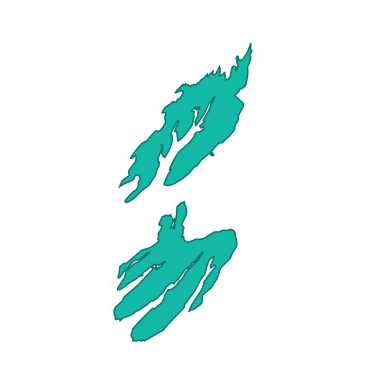 Ísafjarðarbær, Vestfirðir, Iceland, rotated 304°
{"feature_id": "244011B55108803715122", "entity_name": "Ísafjarðarbær", "entity_type": "district", "adm_level": 2, "iso_a3": "ISL", "parent_name": "Iceland", "parent_adm1": "Vestfirðir", "projection": "equal_earth", "projection_center": [-22.968, 66.078], "detail": "fine", "context": "isolated", "style": "filled", "palette": "teal", "viewbox_px": 384, "rotation_deg": 304, "n_neighbors": 0, "source": "geoboundaries", "source_scale": "gbopen_adm2", "svg_char_len": 6090}
<svg xmlns="http://www.w3.org/2000/svg" viewBox="0 0 384 384"><g transform="rotate(304 192 192)"><path d="M89.7,173.9L84.0,177.0L79.7,178.4L79.4,179.0L80.7,180.0L89.2,180.1L92.5,180.5L92.7,181.2L100.5,181.9L103.7,183.3L106.6,186.0L115.1,188.7L119.1,190.9L106.8,187.8L99.5,184.1L89.0,181.7L83.9,183.9L73.2,184.0L70.2,184.4L69.3,185.3L72.2,187.7L81.8,190.9L88.2,194.1L93.3,195.8L94.5,197.5L95.1,197.5L94.5,197.0L95.0,197.1L95.1,196.5L97.6,196.5L108.7,200.3L111.3,201.6L110.9,202.1L111.5,202.9L111.1,203.1L112.5,204.1L112.2,205.7L113.6,205.6L114.7,206.4L114.3,207.0L115.4,206.8L119.6,208.0L118.1,207.8L119.3,208.3L118.5,208.2L119.0,208.8L114.6,207.9L113.8,208.4L112.8,208.1L110.1,206.8L110.0,206.3L108.5,206.8L107.7,205.9L108.6,205.6L110.0,206.2L109.3,204.1L111.0,203.2L109.0,204.1L107.2,202.2L107.3,201.3L108.1,201.1L107.8,200.9L106.8,201.2L107.1,201.8L106.7,202.2L105.1,202.7L84.5,199.2L67.6,194.6L62.4,195.1L53.5,193.0L49.7,193.9L46.6,196.4L46.3,198.0L43.7,199.2L43.7,200.3L46.5,202.8L45.0,204.3L48.9,205.2L53.8,209.0L58.6,211.5L61.0,211.9L64.0,213.9L72.8,217.5L78.9,219.0L80.1,220.7L84.9,222.7L88.8,223.2L92.4,224.3L99.2,223.9L97.9,223.7L98.5,223.6L105.1,225.8L105.9,227.7L105.7,228.7L107.7,228.3L112.8,229.4L123.6,229.6L126.5,230.5L126.7,231.4L127.1,230.9L130.8,231.9L133.1,231.8L136.4,233.3L144.5,233.8L148.8,235.0L139.2,235.0L124.8,232.3L125.6,232.1L126.7,231.7L126.4,231.6L124.8,232.2L121.6,231.6L118.0,232.3L113.6,232.2L109.8,231.1L108.9,231.5L105.2,231.3L100.3,229.6L98.0,227.8L97.8,227.0L93.1,227.0L86.1,228.6L81.7,228.6L78.3,227.2L74.9,226.8L73.3,224.3L56.3,220.9L45.5,219.4L41.2,221.0L40.3,220.9L37.6,223.4L38.1,223.8L37.0,225.3L35.5,225.9L37.4,229.2L39.8,231.2L39.9,232.7L41.0,232.7L40.6,233.5L41.9,234.5L42.3,235.9L61.6,245.5L67.1,245.8L90.7,249.9L92.3,249.9L94.5,248.9L111.0,249.6L124.7,248.1L131.5,248.5L140.7,245.2L145.3,244.4L148.1,245.0L150.4,246.3L146.8,247.7L142.0,248.5L139.3,249.8L141.3,250.8L143.7,251.1L143.9,252.5L143.2,253.5L135.0,252.5L123.3,252.3L123.0,253.0L117.3,254.6L98.3,254.9L90.8,256.2L93.1,256.8L95.7,259.1L103.3,262.0L106.0,262.1L112.3,258.3L123.4,261.5L135.1,261.1L144.7,258.2L158.4,260.7L165.0,259.5L171.6,259.4L174.1,258.4L178.4,254.3L178.5,253.5L182.3,250.4L183.3,247.8L182.8,245.1L179.4,242.2L177.6,239.0L173.8,236.4L171.2,232.7L160.2,227.9L156.6,224.4L155.6,222.2L148.0,216.8L147.7,215.0L147.7,212.4L150.4,209.9L148.9,208.8L153.7,207.2L154.5,206.2L157.8,205.4L159.0,201.6L169.4,200.0L172.3,198.9L176.8,194.8L177.1,193.0L179.7,191.1L176.4,189.0L171.6,187.8L161.1,193.8L153.8,195.8L154.5,196.2L153.1,196.2L154.5,196.3L152.2,197.7L151.4,197.4L151.7,196.1L153.0,196.1L150.0,194.4L158.0,192.3L158.5,192.9L157.4,193.4L157.6,194.4L159.4,193.0L159.9,193.4L159.6,193.0L160.2,192.5L158.0,191.6L161.3,187.0L158.8,185.7L158.6,183.8L154.8,181.2L146.7,182.6L146.1,183.6L147.1,185.4L146.6,186.2L143.8,187.1L138.5,187.2L137.1,188.8L133.5,190.2L133.5,191.4L131.6,192.0L122.9,188.8L115.3,182.8L95.9,177.4L94.6,175.5L89.7,173.9ZM348.5,157.4L339.9,159.7L330.7,160.1L328.0,158.4L327.8,157.0L329.9,154.5L330.0,153.6L329.1,153.5L327.1,154.1L327.3,155.1L324.6,156.5L323.6,158.2L323.9,158.9L320.9,159.7L319.6,160.8L317.6,160.3L319.3,159.3L320.0,157.9L319.8,156.2L318.1,155.5L308.5,159.2L305.4,158.5L303.8,157.4L309.3,152.3L304.7,150.9L303.8,149.6L307.3,148.2L310.4,146.0L311.1,144.7L303.6,145.8L301.9,144.9L300.8,143.5L304.0,141.8L296.9,140.5L298.3,138.8L292.5,138.1L290.7,136.9L286.7,136.6L285.1,135.6L282.7,135.4L282.6,134.2L281.7,133.2L279.8,131.7L278.8,131.9L279.2,131.5L278.6,131.4L279.0,131.3L278.6,131.0L278.7,128.6L277.5,126.9L278.1,126.2L276.0,125.6L276.4,124.5L266.9,122.5L265.0,122.8L270.4,126.8L270.1,128.6L268.7,129.3L263.5,129.7L262.1,129.4L262.2,128.9L260.8,128.2L257.6,128.6L256.9,128.2L257.0,126.6L255.7,125.4L252.6,124.8L247.8,122.5L243.7,122.3L240.9,123.0L242.9,125.5L242.5,126.6L239.2,127.4L237.4,128.5L236.4,130.2L234.3,131.2L230.3,131.7L224.8,131.2L223.6,130.2L222.9,128.2L221.7,127.5L212.1,126.1L210.5,126.4L204.4,123.4L199.3,122.5L189.5,121.9L185.8,122.3L186.2,123.4L190.5,124.6L190.3,125.9L185.9,128.2L174.9,127.7L172.5,128.7L171.5,130.3L170.4,130.7L162.3,127.8L155.9,129.0L160.5,131.0L168.3,136.0L171.0,136.4L173.3,135.8L175.1,136.5L175.8,137.4L175.7,139.2L173.7,141.8L168.9,142.5L167.7,143.8L164.3,144.5L162.1,144.4L159.1,143.0L149.0,141.4L146.7,141.7L146.4,143.3L148.5,144.9L153.8,147.3L164.9,149.6L174.2,152.7L183.0,152.2L184.5,152.7L188.8,151.0L194.7,150.1L198.5,148.5L198.1,147.0L199.2,146.5L200.0,145.2L210.6,142.7L214.2,140.1L214.8,140.5L212.7,143.3L207.2,144.9L205.3,148.5L205.2,150.0L213.0,149.7L218.8,148.7L223.8,146.8L227.5,144.3L228.4,142.2L230.3,141.4L243.2,140.1L242.8,140.9L243.6,141.4L242.7,141.9L235.7,142.7L233.8,143.5L232.8,143.2L232.6,144.2L233.3,144.9L232.4,146.6L226.6,151.4L226.4,152.2L234.7,154.2L246.9,154.8L255.8,151.5L257.9,149.5L259.9,148.8L259.5,147.2L258.4,146.5L258.7,146.3L264.3,147.1L264.2,147.7L262.7,148.4L263.8,148.9L263.0,149.8L267.8,150.5L263.3,151.5L257.7,154.4L251.8,155.1L251.9,155.7L249.0,157.8L250.8,158.3L263.9,158.4L276.1,156.6L278.4,157.3L281.4,156.9L283.2,157.6L277.9,158.6L275.4,158.5L272.9,159.6L267.4,160.5L257.9,161.1L257.3,161.6L257.6,162.5L257.2,163.2L250.9,161.3L250.2,163.8L252.7,165.0L250.7,166.6L246.4,164.9L244.2,162.6L242.1,161.9L241.0,161.9L240.3,162.7L232.5,162.5L217.7,158.7L209.8,158.8L200.4,160.1L198.0,161.0L199.6,161.8L198.6,162.6L194.1,162.2L185.0,163.7L182.7,164.5L182.4,166.1L185.1,169.9L189.4,172.9L198.3,176.9L205.7,179.0L214.1,180.0L216.4,181.3L224.0,181.9L235.7,185.2L246.1,186.6L247.9,187.3L249.8,189.4L259.1,191.7L264.6,192.2L267.5,192.3L270.4,190.9L273.5,190.1L275.0,190.3L275.1,189.9L277.7,190.1L277.3,190.4L281.7,187.7L291.3,186.6L294.2,185.2L295.9,173.4L301.0,174.6L304.8,174.3L305.5,175.4L309.2,176.8L312.3,176.3L321.1,172.2L325.3,169.3L325.5,168.5L333.3,166.8L336.6,165.4L337.0,163.7L342.6,162.7L342.8,161.0L348.5,157.4ZM234.4,186.1L233.2,186.4L233.7,187.4L233.2,188.1L234.9,189.5L235.4,188.2L234.6,187.8L235.9,187.2L235.2,187.2L235.8,186.9L234.4,186.1ZM116.9,207.6L115.1,207.5L117.2,207.9L116.9,207.6Z" fill="#14b8a6" stroke="#0f766e" stroke-width="1.5"/></g></svg>